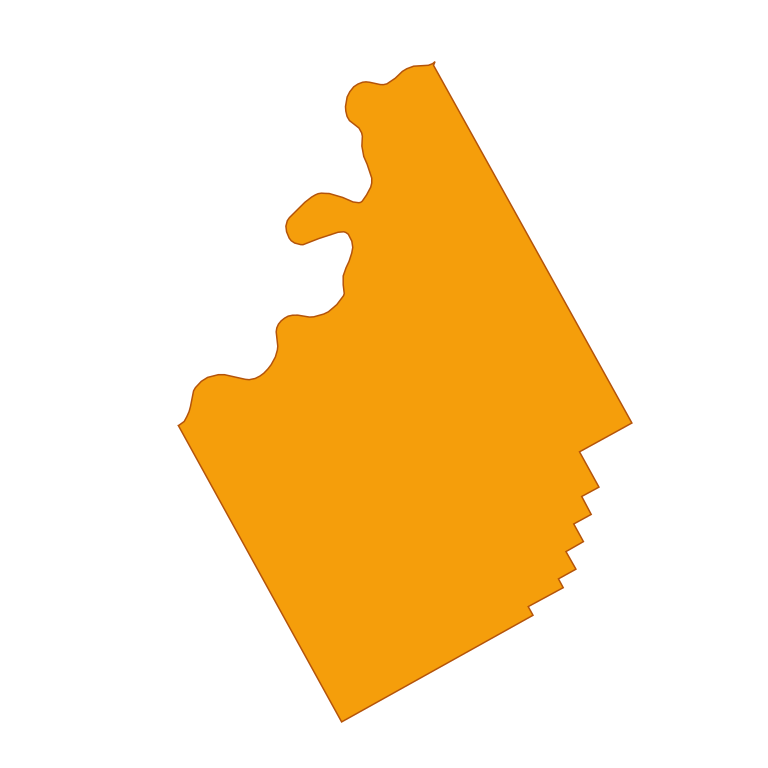 the district of Washington, Nebraska, United States of America, rotated 241°
{"feature_id": "52423323B46831749537882", "entity_name": "Washington", "entity_type": "district", "adm_level": 2, "iso_a3": "USA", "parent_name": "United States of America", "parent_adm1": "Nebraska", "projection": "equal_earth", "projection_center": [-96.073, 41.537], "detail": "fine", "context": "isolated", "style": "filled", "palette": "amber", "viewbox_px": 768, "rotation_deg": 241, "n_neighbors": 0, "source": "geoboundaries", "source_scale": "gbopen_adm2", "svg_char_len": 1599}
<svg xmlns="http://www.w3.org/2000/svg" viewBox="0 0 768 768"><g transform="rotate(241 384 384)"><path d="M641.2,584.9L640.6,581.9L641.2,577.4L647.6,564.0L648.7,556.9L648.5,551.6L646.0,542.1L645.1,532.0L646.1,528.6L647.7,525.9L654.8,517.8L657.0,514.7L658.3,511.6L659.0,506.6L658.6,501.6L656.2,495.8L652.9,490.9L645.3,484.8L641.2,482.9L635.8,481.4L631.1,481.5L620.0,486.2L614.5,486.2L611.2,485.2L602.8,480.0L592.8,476.6L584.4,475.8L570.0,473.1L565.7,470.7L562.6,467.8L557.8,460.4L554.4,453.5L554.2,451.5L554.8,449.8L558.2,445.2L567.2,438.3L577.1,428.5L578.9,425.5L581.3,421.7L582.4,418.6L582.7,415.6L582.6,411.3L581.3,402.9L575.4,382.0L573.7,378.6L569.6,374.7L564.4,372.6L557.6,371.8L554.3,372.3L550.6,374.2L546.3,378.7L545.1,380.7L542.8,397.6L539.0,417.4L536.6,422.7L535.0,424.1L532.3,425.4L524.5,425.1L518.6,422.9L514.2,419.3L508.2,412.9L504.1,407.2L498.3,400.7L490.5,396.4L482.4,393.1L480.9,391.5L476.3,381.2L474.1,370.3L474.4,365.2L476.8,355.1L478.7,351.2L486.0,342.0L488.5,337.3L489.8,333.1L489.8,329.0L489.1,324.7L487.5,320.7L485.0,317.4L481.9,315.0L468.5,309.4L465.4,307.2L460.3,302.1L455.6,294.7L453.5,289.9L451.7,284.1L451.1,279.3L451.3,274.0L453.1,268.2L455.3,265.0L469.4,249.1L472.5,243.5L475.3,232.9L474.9,225.5L472.3,217.4L470.3,214.1L458.1,203.8L454.4,200.2L451.1,195.8L448.1,191.1L447.3,184.4L447.4,184.0L109.0,183.1L109.5,402.2L119.4,402.2L119.0,442.0L129.0,442.1L129.0,462.1L149.2,461.9L149.5,482.0L169.6,482.1L169.5,502.0L189.8,502.4L189.6,522.0L229.9,522.1L229.7,581.9L330.7,581.9L509.6,581.9L638.7,581.8L641.2,584.9Z" fill="#f59e0b" stroke="#b45309" stroke-width="1.5"/></g></svg>